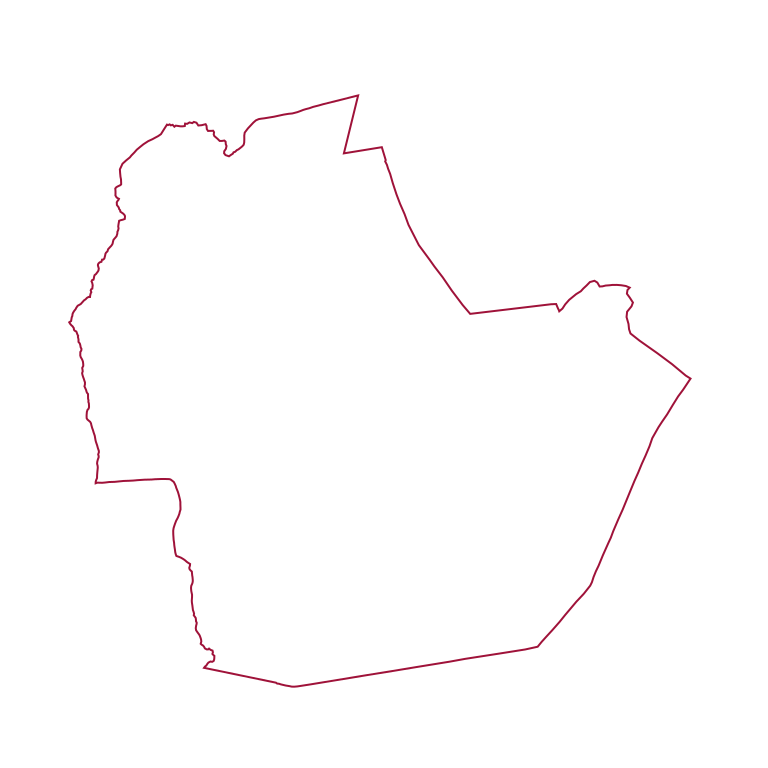 the district of Kiri Vong, Takêv, Cambodia, rotated 353°
{"feature_id": "14789045B7964460179399", "entity_name": "Kiri Vong", "entity_type": "district", "adm_level": 2, "iso_a3": "KHM", "parent_name": "Cambodia", "parent_adm1": "Takêv", "projection": "mercator", "projection_center": [104.745, 10.65], "detail": "fine", "context": "isolated", "style": "outline", "palette": "rose", "viewbox_px": 768, "rotation_deg": 353, "n_neighbors": 0, "source": "geoboundaries", "source_scale": "gbopen_adm2", "svg_char_len": 6045}
<svg xmlns="http://www.w3.org/2000/svg" viewBox="0 0 768 768"><g transform="rotate(353 384 384)"><path d="M83.5,293.4L85.0,294.4L85.4,296.0L85.8,297.7L86.3,298.9L85.9,300.0L86.1,301.2L86.2,302.8L85.9,305.0L87.0,306.7L87.3,308.5L87.4,310.6L88.0,312.3L87.6,313.9L86.5,315.2L86.3,316.7L86.0,318.6L86.3,320.5L87.0,322.0L87.5,323.4L87.9,325.1L87.9,327.5L87.7,329.4L86.4,331.3L86.5,333.2L86.5,334.7L85.7,336.4L85.8,338.1L86.2,340.3L86.7,342.4L87.1,344.6L87.4,345.9L87.1,348.0L86.4,349.8L87.6,353.7L87.8,355.3L88.1,356.4L89.0,357.9L88.7,360.5L88.5,362.6L88.7,364.1L88.4,365.8L88.7,367.2L88.6,369.1L88.4,371.1L87.8,372.5L86.6,373.5L85.7,375.4L85.0,378.8L84.7,381.7L85.3,383.1L86.3,384.2L87.7,385.7L88.4,387.4L88.5,388.9L89.0,392.2L89.5,394.3L89.9,396.8L90.6,400.1L90.8,404.4L91.0,406.2L91.8,410.0L92.2,412.8L92.8,415.6L92.7,417.0L91.7,419.1L92.0,420.7L91.8,422.1L90.8,424.0L89.9,426.3L89.5,428.1L89.8,430.4L89.7,432.2L88.8,436.2L88.2,439.1L87.7,442.4L86.5,444.5L85.9,446.0L85.7,447.4L87.5,447.0L92.2,447.7L95.0,447.8L99.3,447.8L104.7,448.3L109.4,448.4L113.7,448.5L119.4,449.0L123.7,449.3L127.5,449.4L134.7,449.8L138.7,450.2L141.8,450.5L144.8,450.6L150.8,451.1L153.7,451.4L158.4,452.1L159.8,452.4L160.8,453.0L163.4,455.6L164.1,457.4L164.9,460.0L165.1,461.5L165.6,463.4L166.3,466.0L166.8,469.0L167.2,472.2L167.4,474.2L167.5,476.3L167.2,478.8L166.9,482.2L166.7,483.9L165.8,485.8L165.1,487.8L163.9,490.1L162.7,492.1L161.1,494.3L159.5,497.3L158.5,499.4L157.6,501.4L156.9,503.9L156.5,507.8L156.2,513.1L156.3,516.0L156.2,518.1L156.2,519.7L156.3,522.8L156.3,525.6L156.6,527.9L157.0,529.4L159.3,530.5L161.4,531.7L163.7,533.5L165.0,534.7L166.7,536.6L168.2,537.9L169.6,539.0L169.3,540.5L168.3,542.8L168.5,544.2L169.4,545.6L170.4,546.7L170.3,550.8L170.4,552.2L170.3,555.1L170.2,556.3L169.7,558.0L169.1,559.2L168.1,560.8L167.6,562.9L167.5,564.9L167.5,566.3L167.8,569.8L167.5,572.1L166.8,575.7L166.7,577.5L166.8,580.6L166.8,582.5L166.8,585.1L167.2,586.7L167.5,588.8L167.0,590.4L168.0,592.1L168.6,593.3L168.6,595.4L168.5,596.6L169.0,598.0L168.8,599.2L168.1,600.9L167.4,603.4L167.5,605.6L168.8,608.1L169.8,609.8L170.4,611.1L171.0,613.6L171.3,615.3L171.3,617.3L170.4,619.5L171.2,620.5L172.5,621.5L173.4,622.9L174.0,624.6L175.7,625.8L177.1,626.0L178.1,625.3L179.4,626.7L181.3,627.7L181.5,629.4L180.8,631.0L181.7,632.3L182.5,633.1L182.2,635.2L181.8,636.9L181.1,638.2L179.6,638.8L177.9,638.3L175.8,639.1L174.6,640.2L173.3,641.8L171.8,642.7L170.8,643.8L240.4,667.3L241.4,668.3L243.2,668.7L245.1,669.6L249.7,671.3L253.5,672.4L255.4,673.1L258.1,673.5L261.4,673.6L274.3,673.2L331.0,670.9L357.8,669.9L381.7,668.9L415.3,667.6L431.1,666.7L466.0,665.6L491.8,664.7L504.5,663.5L509.1,659.1L514.4,654.5L521.1,648.8L529.3,641.5L535.9,635.1L542.6,628.9L548.4,623.5L556.8,616.5L564.1,609.3L566.2,606.1L568.5,601.1L571.5,595.7L574.9,590.4L580.3,580.8L587.4,569.0L590.4,564.2L593.6,558.0L600.1,546.8L605.5,537.9L614.7,521.5L620.8,510.7L625.4,503.1L630.2,494.6L634.9,486.9L639.9,478.2L643.7,470.4L651.2,460.3L655.6,455.1L661.3,448.7L668.1,440.0L674.4,432.2L680.2,426.1L688.9,416.0L684.5,412.4L672.4,399.5L659.1,386.8L643.0,372.2L634.8,363.9L633.9,359.5L634.0,354.2L632.9,347.1L634.1,341.9L639.1,337.1L641.0,333.5L638.5,328.3L636.1,324.0L637.1,320.4L639.6,318.3L636.0,316.2L631.5,314.9L627.1,314.0L622.6,313.5L620.1,313.5L616.0,313.3L612.7,313.7L609.9,313.5L608.1,309.3L605.5,307.2L600.8,307.9L597.1,310.9L593.5,313.5L590.7,315.9L585.7,318.2L578.1,323.0L573.6,327.0L570.3,330.9L566.8,333.2L566.5,331.8L565.9,330.2L564.6,325.6L559.5,325.2L478.1,324.9L471.7,315.2L462.7,299.6L455.3,285.3L448.4,273.6L444.3,266.0L435.5,250.4L427.7,229.0L425.1,217.8L421.9,207.1L419.5,197.3L417.2,185.7L415.7,176.2L414.3,170.8L413.6,166.8L412.3,163.2L413.0,162.0L410.7,148.7L372.3,150.2L393.5,94.4L378.0,96.4L357.5,98.9L353.1,99.6L347.5,100.3L343.4,101.2L340.2,101.6L337.3,102.1L335.0,102.7L331.2,103.6L327.5,104.1L325.9,104.3L322.2,104.2L317.2,104.4L307.3,105.3L297.6,105.7L294.4,105.7L292.0,105.8L289.0,106.7L286.2,108.6L280.1,113.7L276.4,117.5L275.6,120.3L275.2,123.9L274.7,127.2L273.9,129.4L272.3,130.8L270.6,131.9L268.1,133.4L266.5,133.9L264.5,135.4L262.9,135.7L262.0,137.0L259.9,138.0L257.9,139.1L254.6,137.5L253.4,135.5L253.8,133.5L255.7,131.4L256.7,128.6L256.2,126.7L256.3,124.1L255.2,122.9L252.8,123.0L250.5,122.7L248.8,120.5L245.8,117.2L245.4,115.5L246.0,113.4L245.3,111.8L243.5,111.7L241.6,111.5L240.2,111.4L239.2,109.4L239.3,106.2L238.6,104.4L234.6,104.9L231.2,104.8L229.7,101.8L227.2,100.7L225.5,101.7L222.8,100.7L220.3,101.8L218.3,101.3L217.7,103.7L215.6,103.7L213.6,103.5L210.7,102.7L208.8,102.2L207.3,103.1L205.8,101.0L203.9,101.3L202.9,100.2L201.2,100.7L200.2,100.1L196.0,105.2L193.1,108.8L190.1,110.4L187.0,111.6L184.0,112.8L179.6,114.2L174.5,116.7L171.1,118.8L167.2,121.3L164.4,123.8L161.0,126.5L159.4,128.1L155.4,130.6L151.3,133.5L148.0,138.8L147.8,142.4L147.7,146.2L147.9,148.9L147.6,152.6L147.4,153.9L146.3,154.6L143.9,155.4L142.4,156.0L141.1,157.2L141.0,159.8L140.7,162.4L140.4,164.1L141.2,166.0L142.0,166.9L143.5,167.9L142.8,169.0L141.7,170.0L140.9,171.1L140.7,173.8L142.2,176.4L142.5,178.2L143.3,179.4L143.3,180.8L145.8,183.0L146.9,184.4L147.4,185.8L147.1,187.3L146.8,188.6L144.7,189.1L142.8,189.3L141.0,189.7L139.9,193.3L139.4,195.3L139.5,197.2L138.8,199.1L138.0,200.3L137.6,202.4L136.5,204.8L133.1,207.9L132.4,209.6L131.7,211.7L130.7,213.0L129.9,213.8L128.8,214.7L126.6,216.6L125.7,218.6L124.1,219.8L123.4,220.8L122.9,222.4L121.7,225.4L120.5,226.3L119.3,226.2L118.4,228.3L116.6,228.6L115.4,229.5L114.7,230.4L114.5,231.5L114.8,233.4L115.0,234.6L114.4,236.6L113.7,237.5L111.6,239.7L110.0,240.7L109.4,242.0L108.8,244.0L108.3,245.1L107.1,245.2L106.2,246.5L106.7,248.0L106.9,250.5L106.6,251.7L106.1,253.8L104.9,254.3L104.3,255.4L104.7,257.2L103.9,258.3L103.1,260.5L102.8,261.8L101.4,261.6L99.7,262.3L98.1,263.6L96.5,264.4L92.7,267.7L91.0,268.4L89.5,269.0L87.9,270.8L86.9,272.3L85.8,273.3L85.0,274.2L84.0,275.5L83.4,276.6L82.9,278.6L82.2,279.7L81.1,283.4L79.1,284.4L79.8,286.0L81.0,287.8L81.8,288.6L82.9,290.7L82.9,292.4L83.5,293.4Z" fill="none" stroke="#9f1239" stroke-width="2"/></g></svg>